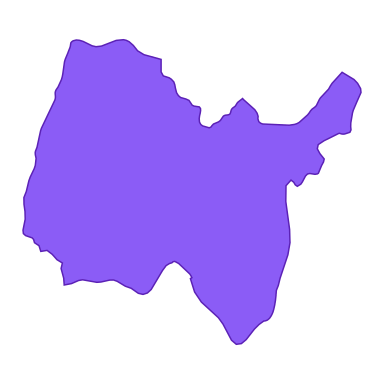 outline of Ain
{"feature_id": "FRA-5262", "entity_name": "Ain", "entity_type": "Metropolitan department", "adm_level": 1, "iso_a3": "FRA", "parent_name": "France", "parent_adm1": "", "projection": "orthographic", "projection_center": [5.485, 46.077], "detail": "fine", "context": "isolated", "style": "filled", "palette": "violet", "viewbox_px": 384, "rotation_deg": 0, "n_neighbors": 0, "source": "natural_earth", "source_scale": "10m", "svg_char_len": 3237}
<svg xmlns="http://www.w3.org/2000/svg" viewBox="0 0 384 384"><path d="M356.7,102.2L353.3,110.2L352.5,112.9L350.8,122.9L350.7,126.7L351.0,129.9L349.9,132.3L344.6,134.0L343.2,134.1L341.8,134.0L339.8,133.4L339.4,133.3L339.0,133.4L338.6,133.5L324.1,140.7L318.2,144.6L317.3,148.8L319.9,153.6L324.2,159.0L323.5,162.0L321.6,165.5L318.4,173.2L317.4,173.9L315.0,174.3L309.8,173.5L307.5,174.0L305.5,176.0L302.4,181.9L300.8,184.2L297.3,186.3L295.3,184.9L293.7,182.2L291.0,180.1L286.0,185.7L285.8,201.5L289.6,229.4L289.9,240.6L290.0,242.6L287.9,254.8L280.1,278.2L278.3,285.5L276.4,290.3L276.3,291.1L276.2,291.9L276.2,292.7L276.1,293.6L276.0,294.5L276.0,295.3L275.9,296.2L275.8,297.1L275.7,298.0L275.6,299.0L275.5,299.9L275.4,300.8L275.2,301.8L275.1,302.7L274.9,303.6L274.8,304.5L274.6,305.5L274.4,306.4L274.2,307.3L274.0,308.2L273.8,309.0L273.6,309.9L273.3,310.7L273.1,311.6L272.8,312.4L272.5,313.1L272.2,313.9L271.8,314.6L271.5,315.3L271.1,316.0L270.7,316.6L270.3,317.2L269.9,317.8L269.5,318.3L269.0,318.8L268.5,319.2L268.0,319.6L267.5,320.0L266.9,320.3L266.4,320.5L265.7,320.7L265.1,320.9L264.5,321.0L263.8,321.0L259.0,324.5L254.4,329.1L246.2,339.6L241.4,343.6L236.3,344.3L231.5,340.2L223.0,324.1L218.4,317.7L201.4,302.1L194.6,292.0L190.4,278.6L190.8,278.3L191.5,278.0L191.9,277.7L190.9,275.7L189.8,274.0L178.7,263.5L174.8,261.4L173.1,261.7L171.9,262.8L169.5,263.5L166.1,265.6L162.5,270.5L151.2,289.5L147.4,293.0L143.0,294.4L138.3,293.3L131.2,288.3L125.3,286.2L117.2,281.3L113.5,280.0L109.6,280.1L101.0,282.0L96.8,282.3L82.6,279.8L78.6,280.5L71.5,283.6L64.2,285.0L63.7,278.2L61.1,268.5L62.4,263.0L57.0,259.7L52.2,254.3L47.1,250.4L40.8,251.4L39.0,245.7L34.5,242.7L33.6,239.5L32.2,237.9L25.6,235.6L23.4,233.6L23.0,230.2L25.2,219.2L25.0,211.5L24.0,204.3L23.9,197.6L26.3,191.5L28.9,180.7L30.2,177.1L34.2,168.7L35.3,165.4L36.1,158.3L35.5,155.7L35.3,154.5L35.2,152.6L35.5,151.1L37.0,147.3L40.6,130.7L41.4,128.3L54.8,100.2L55.2,99.0L55.4,97.6L55.4,96.3L55.2,93.8L55.2,92.5L55.5,91.2L56.0,90.0L58.1,86.9L61.4,79.7L62.2,77.0L62.8,73.9L64.5,61.8L64.9,60.4L65.3,59.1L67.9,52.9L68.4,51.5L69.9,47.7L70.3,46.4L70.8,43.1L70.9,42.8L71.7,41.8L73.1,40.8L76.3,40.0L79.5,40.3L83.1,41.4L92.1,45.8L96.0,46.7L101.4,46.1L116.2,40.4L123.5,39.7L126.2,40.3L129.1,41.7L133.3,45.4L137.6,50.8L144.0,54.7L161.1,59.4L161.1,71.9L163.3,75.9L169.2,77.8L171.3,79.2L173.8,81.9L174.8,84.8L175.4,88.1L176.6,92.8L178.4,95.6L180.6,97.5L185.9,99.0L189.0,100.4L192.2,105.2L194.1,106.1L199.3,106.9L200.5,108.5L200.6,110.6L200.2,113.2L199.6,115.7L199.2,118.7L199.5,122.1L200.8,124.5L202.6,125.9L209.2,127.8L210.4,127.3L211.3,126.7L211.9,125.7L213.5,124.0L218.5,121.9L219.6,121.1L220.5,120.3L222.6,117.2L223.3,116.2L224.2,115.6L225.3,115.2L227.9,114.9L229.0,114.6L229.9,114.0L230.5,112.8L231.2,110.1L231.8,109.0L232.6,108.1L234.4,106.8L235.3,106.1L237.2,103.0L238.0,102.1L242.6,98.5L243.3,99.4L254.8,109.7L257.1,113.2L258.1,116.3L257.9,118.8L258.8,121.7L260.6,123.2L262.7,124.0L289.2,125.2L294.6,124.4L297.0,123.6L299.2,122.4L307.6,114.9L309.2,112.9L310.5,110.9L312.1,109.1L314.2,107.6L315.5,106.5L316.4,105.5L319.4,99.4L320.4,97.9L328.6,89.1L330.4,85.9L332.1,83.3L342.1,72.3L354.0,79.5L357.6,83.3L360.6,88.6L361.0,92.5L356.7,102.2Z" fill="#8b5cf6" stroke="#5b21b6" stroke-width="1.5"/></svg>